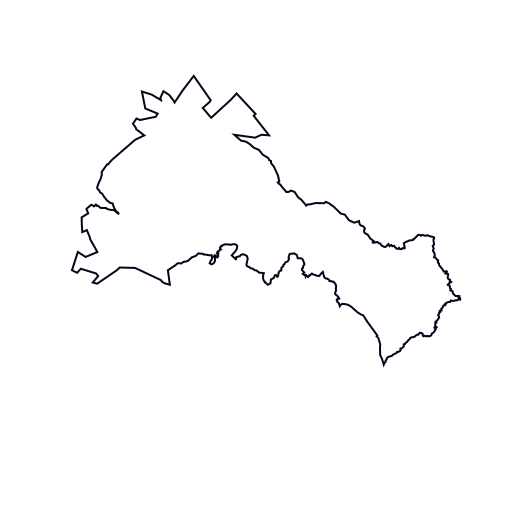 the district of Temascaltepec, México, Mexico, rotated 217°
{"feature_id": "50627088B67806345736570", "entity_name": "Temascaltepec", "entity_type": "district", "adm_level": 2, "iso_a3": "MEX", "parent_name": "Mexico", "parent_adm1": "México", "projection": "albers", "projection_center": [-100.05, 19.108], "detail": "fine", "context": "isolated", "style": "outline", "palette": "ink", "viewbox_px": 512, "rotation_deg": 217, "n_neighbors": 0, "source": "geoboundaries", "source_scale": "gbopen_adm2", "svg_char_len": 6049}
<svg xmlns="http://www.w3.org/2000/svg" viewBox="0 0 512 512"><g transform="rotate(217 256 256)"><path d="M307.5,181.2L317.8,191.6L314.8,200.1L314.3,202.7L313.7,203.5L311.1,205.1L310.5,207.5L308.4,209.7L307.4,211.3L306.4,216.3L304.2,219.8L303.6,223.4L299.6,225.8L298.6,225.7L298.2,226.2L293.0,228.9L291.9,230.0L290.5,228.7L289.4,227.0L289.2,225.7L289.4,225.3L288.6,222.3L286.5,222.5L285.4,224.9L285.7,227.2L287.5,229.7L288.4,230.0L289.6,229.7L289.2,231.9L287.6,231.2L287.3,231.2L287.2,231.7L286.0,231.7L286.0,232.6L286.6,233.0L286.4,233.4L287.2,233.8L287.5,235.0L288.4,234.6L288.5,235.2L288.9,235.1L289.3,236.0L289.0,236.5L289.1,236.9L288.5,237.4L288.7,238.8L287.9,240.1L289.7,240.7L289.8,242.6L289.3,243.1L289.7,243.5L287.8,246.7L283.9,249.3L282.9,249.6L282.1,250.9L280.7,252.2L279.6,252.9L278.1,253.0L276.8,252.5L275.6,250.0L275.3,247.6L275.8,241.9L270.1,241.2L270.0,241.5L271.0,243.4L268.8,246.1L268.7,247.5L267.9,249.3L265.8,250.2L263.2,250.5L261.1,249.0L258.5,243.4L257.3,242.5L254.6,243.1L252.9,243.0L250.8,244.0L248.9,243.8L246.5,244.8L243.5,244.6L239.5,247.0L238.8,245.0L236.8,242.3L235.7,241.5L233.0,240.3L232.8,240.6L229.3,240.1L228.0,242.9L229.9,246.2L228.6,249.2L229.3,251.8L228.7,252.8L226.4,252.2L226.3,252.8L227.1,254.9L228.1,256.7L227.9,258.8L227.1,259.6L228.6,261.9L228.1,264.4L228.8,265.4L228.4,266.5L228.7,268.6L227.5,270.6L227.7,273.4L229.1,274.4L230.3,277.6L229.5,279.0L228.0,279.9L227.3,281.0L224.0,281.4L221.3,279.3L218.6,281.3L216.8,281.4L215.8,280.9L212.4,278.7L212.1,276.0L211.3,274.8L211.6,273.7L211.3,272.9L210.7,272.4L207.6,271.9L207.9,269.9L205.8,269.9L205.3,270.6L203.9,269.4L204.1,270.8L201.8,270.6L201.8,272.5L201.4,272.5L200.8,275.6L199.6,275.6L195.2,277.0L193.4,278.2L193.5,280.6L193.1,283.5L189.1,280.4L187.9,280.0L186.8,280.0L185.8,280.7L184.3,280.8L183.7,281.1L182.2,280.2L180.5,281.4L179.5,281.4L178.5,282.2L175.1,281.2L173.6,279.8L172.4,277.7L171.2,276.6L170.9,274.8L169.6,273.1L167.1,273.2L163.9,272.1L164.6,270.8L165.1,270.7L165.3,269.7L163.4,268.3L162.5,268.5L160.8,267.8L158.9,266.3L158.9,268.2L158.4,269.6L155.4,271.5L152.7,272.5L149.4,272.8L141.0,272.1L136.7,272.5L135.0,273.1L133.9,272.9L127.9,270.6L111.4,265.6L111.4,264.5L109.1,264.2L103.6,260.2L101.6,257.1L97.2,251.6L93.5,249.7L88.6,246.1L89.1,247.9L88.7,249.1L89.5,250.3L89.4,251.8L90.0,253.4L89.7,254.9L87.4,258.0L87.1,260.0L85.5,262.8L85.7,264.0L84.9,264.7L83.8,266.7L83.9,267.7L84.9,268.9L83.9,270.3L83.6,272.9L84.9,274.3L84.0,275.4L84.3,276.6L83.6,278.3L83.8,280.0L83.3,281.6L83.5,283.4L82.3,285.3L80.8,286.9L80.3,289.4L79.9,290.2L79.0,290.8L79.1,293.1L77.6,294.0L76.1,294.2L74.9,292.8L73.8,292.7L73.2,293.9L71.2,294.6L70.9,295.5L69.6,295.8L68.6,297.2L68.4,298.6L68.9,300.0L68.1,301.6L68.4,305.6L70.2,306.1L70.1,306.8L68.8,307.5L68.8,307.8L70.7,307.5L70.8,308.3L72.1,309.6L72.0,311.3L72.9,311.1L73.1,311.4L72.5,313.6L72.7,316.7L72.9,317.4L75.0,318.5L74.9,320.1L75.7,320.8L75.8,321.3L75.2,322.1L76.2,322.9L75.0,324.2L76.3,325.5L76.0,326.3L76.0,327.5L76.5,329.0L76.3,329.6L75.6,330.1L76.2,331.1L75.4,331.5L76.0,332.6L75.8,333.0L74.8,334.8L73.3,336.2L73.6,337.7L72.2,338.3L70.6,339.6L70.3,340.4L68.7,341.6L68.2,343.2L65.9,344.4L66.8,344.2L68.0,345.3L68.6,344.4L69.2,344.5L69.7,346.2L72.7,344.1L76.5,344.7L77.4,346.1L78.5,346.1L79.9,345.4L80.2,345.5L80.5,347.0L81.8,347.1L83.2,348.7L83.7,348.9L85.2,348.3L85.6,348.5L85.1,351.6L84.5,352.4L84.5,352.8L86.2,352.6L86.7,353.7L89.1,353.5L90.2,354.4L91.1,356.6L91.9,357.3L93.0,357.1L93.5,356.2L94.1,356.0L94.3,358.4L95.1,358.2L96.5,356.6L99.7,357.8L104.3,358.9L105.3,360.2L106.8,360.2L107.9,362.2L109.6,362.0L111.3,362.7L113.1,362.2L113.5,364.0L115.7,366.0L117.6,366.5L118.0,366.8L118.6,368.9L120.9,370.4L120.7,372.4L124.1,375.7L124.5,377.6L125.1,378.1L130.1,376.0L131.5,375.9L132.8,374.1L135.5,373.1L136.2,372.6L136.3,371.6L138.1,371.3L139.2,370.4L140.0,364.6L140.5,364.2L140.3,363.2L143.1,360.4L144.0,358.4L144.6,358.0L145.6,355.1L142.0,352.0L142.1,351.4L143.6,350.6L143.7,349.5L144.2,348.8L145.4,348.2L146.6,348.6L146.8,347.3L147.8,346.5L148.6,346.8L150.2,346.5L150.5,346.9L151.9,347.2L153.0,345.9L154.6,346.2L155.3,344.2L157.4,345.2L158.0,341.2L158.9,340.5L161.9,339.9L164.3,340.7L165.5,340.1L167.5,340.3L169.9,337.4L170.8,337.0L171.1,337.1L171.2,337.6L170.2,338.4L170.3,338.7L175.8,338.8L177.6,339.7L179.7,340.1L180.0,340.4L181.0,340.0L183.5,339.9L185.2,341.4L185.3,343.1L185.7,343.6L188.3,344.3L190.5,343.5L191.8,343.6L192.9,344.1L194.7,345.9L197.6,341.7L203.3,340.5L209.9,342.5L213.7,340.9L224.0,342.2L227.2,341.9L227.9,342.2L229.9,341.9L232.9,341.2L233.3,339.2L240.1,334.3L244.1,329.6L246.0,328.0L246.2,326.5L253.5,328.2L257.6,328.2L263.8,330.4L267.4,329.3L268.4,327.0L270.1,325.4L276.8,326.8L279.5,327.7L281.4,327.5L282.9,327.9L282.3,329.6L286.9,333.5L295.2,338.0L300.1,339.4L301.2,340.9L303.3,340.5L304.9,341.6L311.7,341.0L317.5,342.5L322.9,341.2L328.3,341.6L331.9,341.4L333.5,341.0L337.5,339.1L346.2,339.8L327.9,350.0L324.6,356.1L318.2,360.2L342.2,366.6L341.8,369.2L369.3,374.1L370.2,365.1L375.0,339.4L387.6,342.2L385.8,350.8L385.9,353.1L414.1,362.3L414.2,343.7L413.4,329.6L414.8,330.3L422.2,332.4L429.1,331.9L427.6,324.9L425.7,323.3L436.5,322.1L446.1,318.7L433.2,307.2L420.2,310.5L419.9,306.8L430.5,294.8L434.2,293.9L433.9,287.6L429.2,286.1L427.9,285.1L417.8,285.1L422.5,276.0L428.9,246.1L429.3,240.0L430.1,239.6L429.8,230.5L429.2,229.3L428.1,228.3L426.5,224.0L425.5,219.2L424.2,215.3L423.0,214.2L420.6,214.0L419.1,213.0L416.4,213.2L412.8,211.8L408.4,210.7L404.1,210.7L402.2,211.7L398.1,208.9L395.6,207.9L394.3,207.7L393.6,207.3L392.2,207.6L391.9,207.1L390.4,207.0L394.0,206.9L394.4,207.6L395.9,207.0L397.2,207.2L399.8,205.3L403.6,203.9L404.6,204.1L409.0,200.9L412.7,201.0L413.2,200.3L414.8,200.7L415.2,198.2L417.8,198.0L418.5,197.6L419.8,191.5L415.7,189.1L418.5,182.0L414.4,176.7L409.1,170.5L406.7,174.9L399.6,170.7L399.1,169.9L385.1,163.7L391.5,152.7L400.7,152.0L394.4,133.9L388.8,134.9L388.2,140.4L373.2,145.8L370.0,145.0L370.4,136.6L366.2,138.3L358.6,160.8L357.9,164.8L345.4,173.7L317.6,179.5L315.2,178.9L312.6,179.2L307.5,181.2Z" fill="none" stroke="#020617" stroke-width="2"/></g></svg>